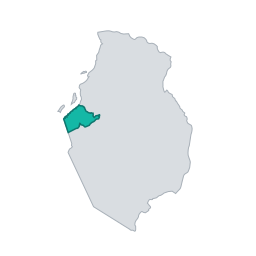 United Republic of Tanzania, with Tanga highlighted, rotated 212°
{"feature_id": "TZA-3395", "entity_name": "Tanga", "entity_type": "Region", "adm_level": 1, "iso_a3": "TZA", "parent_name": "United Republic of Tanzania", "parent_adm1": "", "projection": "natural_earth1", "projection_center": [38.386, -5.115], "detail": "fine", "context": "in_parent", "style": "filled", "palette": "teal", "viewbox_px": 256, "rotation_deg": 212, "n_neighbors": 0, "source": "natural_earth", "source_scale": "10m", "svg_char_len": 5693}
<svg xmlns="http://www.w3.org/2000/svg" viewBox="0 0 256 256"><g transform="rotate(212 128 128)"><path d="M101.2,176.4L99.0,175.1L97.0,174.3L95.3,173.4L94.6,172.5L93.0,172.1L91.7,172.0L90.4,171.1L87.8,170.8L87.6,170.3L87.5,169.1L87.1,168.7L86.1,168.4L85.1,168.4L84.5,168.6L84.2,168.5L83.3,167.8L82.5,166.9L82.2,165.4L81.1,164.5L79.7,163.7L76.0,163.8L75.4,163.6L74.5,162.8L73.4,161.6L72.6,160.2L71.8,158.3L71.1,155.7L66.7,145.5L66.3,143.6L65.4,141.4L64.0,138.8L62.6,136.8L60.6,135.1L58.3,133.3L57.1,132.1L54.8,127.3L54.3,125.0L53.9,122.7L54.1,121.8L55.5,118.8L55.6,117.9L55.5,116.8L54.7,114.4L53.8,111.5L52.0,106.2L51.7,104.8L51.7,103.8L52.8,98.4L52.8,97.7L57.1,97.8L60.2,95.4L63.0,91.9L63.5,90.4L64.6,88.2L65.7,87.1L66.1,86.3L66.8,84.0L68.2,82.5L69.6,81.3L69.3,80.5L69.5,80.2L70.3,79.6L71.7,79.0L72.0,77.9L72.0,76.5L71.8,75.8L71.8,74.9L71.6,74.4L70.6,74.3L69.2,73.7L68.0,73.4L67.1,73.0L66.8,72.7L66.7,71.9L67.4,69.8L66.7,69.0L68.2,65.6L68.5,65.2L69.0,65.1L69.9,64.7L70.7,64.6L71.3,64.7L71.8,64.6L72.3,64.2L72.6,63.0L72.9,61.1L72.7,59.5L72.1,58.3L71.9,56.4L72.2,53.9L72.0,51.9L71.3,50.2L70.6,49.2L69.5,48.8L67.8,46.2L67.3,45.0L67.4,44.2L68.0,43.9L69.1,44.0L70.1,43.7L71.0,43.0L72.0,42.8L72.5,43.0L115.5,43.0L165.7,75.4L166.0,75.8L166.4,78.6L166.3,79.5L165.5,81.1L165.3,82.0L165.3,82.6L165.5,82.8L166.1,82.9L166.7,83.3L166.9,83.6L167.3,84.8L167.9,85.4L187.0,101.3L187.4,101.5L187.1,102.9L186.0,106.1L186.0,107.5L185.5,109.1L185.1,110.1L184.0,114.7L183.1,116.4L181.9,120.4L181.7,123.4L182.4,125.6L182.6,127.6L184.1,129.5L185.3,130.2L186.1,131.1L187.5,133.2L188.3,135.3L190.8,136.3L191.8,138.6L191.4,140.2L190.3,141.5L189.2,143.6L188.3,146.4L188.3,150.7L188.9,150.1L190.2,151.1L190.4,154.3L189.0,157.9L188.6,159.7L188.5,161.1L189.5,165.5L191.0,167.8L190.9,168.5L190.5,169.1L193.1,173.0L192.9,176.5L193.8,179.2L194.3,181.5L194.9,183.3L195.0,184.5L194.2,185.9L196.1,186.2L197.2,187.3L197.7,188.4L199.1,188.4L199.9,189.1L200.9,189.7L203.3,191.5L203.9,192.4L204.3,193.2L197.8,198.9L195.5,200.4L193.8,201.0L192.0,201.4L190.3,202.3L188.7,203.7L186.6,204.4L184.1,204.4L181.5,205.4L177.4,208.3L175.0,206.7L173.1,206.2L170.9,206.2L169.6,206.4L169.1,206.8L168.7,207.8L168.3,209.4L166.9,211.0L164.4,212.5L162.1,213.1L160.0,212.7L158.6,212.1L157.8,211.2L156.7,210.8L155.3,210.8L153.9,211.5L152.6,212.6L150.5,213.2L147.6,213.0L146.0,212.4L145.8,211.5L144.5,210.3L142.2,209.0L140.5,209.0L139.4,210.2L138.4,211.0L137.5,211.3L136.6,211.4L135.5,211.0L132.2,210.9L129.2,211.0L128.9,209.1L128.3,208.0L127.7,207.4L126.7,207.2L126.4,206.7L126.0,205.5L125.5,204.6L124.8,203.8L124.4,203.0L124.2,202.4L124.3,201.6L125.0,199.7L125.2,198.5L125.1,197.2L124.7,195.8L124.0,194.2L124.1,193.8L123.8,192.7L123.8,191.9L124.0,190.9L123.8,189.7L123.2,187.0L123.2,186.3L122.5,185.1L120.5,182.0L120.4,181.6L117.2,178.5L115.9,177.8L115.5,178.4L115.3,179.0L115.4,179.9L115.4,180.4L115.2,180.7L114.5,180.6L114.0,180.5L112.8,179.7L111.9,179.5L109.5,179.6L108.7,179.8L108.1,179.6L106.9,178.2L105.4,177.9L104.1,177.9L102.0,176.2L101.2,176.4ZM191.1,125.1L192.2,128.5L192.0,129.1L191.3,129.5L190.9,129.5L190.5,129.0L190.1,127.8L189.6,128.1L188.6,126.7L187.7,126.7L186.8,125.1L187.2,123.6L187.0,121.2L188.0,120.0L188.6,117.9L189.2,119.3L189.4,121.5L190.3,124.1L191.1,125.1ZM196.2,104.9L196.3,105.7L196.1,106.5L196.1,108.9L196.0,110.5L195.2,112.7L194.6,113.5L194.0,113.3L193.6,112.9L193.2,112.3L194.0,108.2L193.6,105.3L195.0,105.6L196.2,104.9ZM194.1,153.7L193.3,153.9L193.0,153.7L192.6,153.1L193.4,152.5L194.1,151.4L195.9,149.8L196.7,148.5L196.6,149.8L195.6,152.5L194.8,152.7L194.1,153.7Z" fill="#d9dde1" stroke="#a8b0b8" stroke-width="1"/><path d="M176.3,92.5L177.6,93.5L178.8,94.5L179.9,95.5L181.1,96.4L182.3,97.4L183.5,98.4L184.6,99.4L185.8,100.3L187.0,101.3L187.3,101.5L187.4,101.9L187.3,102.4L187.1,102.7L186.7,102.9L187.0,103.1L187.3,103.2L187.3,103.5L187.3,103.9L187.3,104.2L187.2,104.4L186.7,105.3L186.6,105.5L186.5,105.2L186.5,104.9L186.6,104.6L186.7,104.3L186.6,104.0L186.3,104.8L186.1,105.1L185.8,105.1L186.1,105.5L186.2,106.6L186.1,106.8L185.8,106.7L185.7,106.8L185.5,107.2L185.5,107.4L186.1,107.2L186.1,107.4L186.3,107.8L186.3,108.0L186.2,108.1L185.7,108.6L185.4,109.4L184.9,110.1L185.0,110.4L185.2,110.2L185.4,109.9L185.4,110.1L184.9,112.1L184.7,112.4L184.5,112.7L184.4,112.8L184.2,112.9L184.1,113.1L184.0,113.3L184.2,113.5L184.3,113.6L184.3,113.8L184.1,114.5L183.7,115.4L183.3,116.2L182.8,116.6L183.0,116.6L182.9,117.0L182.9,117.7L182.8,118.0L182.6,118.3L182.3,118.9L182.0,119.4L181.9,119.7L181.9,120.1L181.9,121.1L181.8,121.3L181.7,121.4L181.7,121.5L180.5,121.5L180.2,121.7L180.0,121.8L179.8,121.8L179.6,121.8L179.3,122.1L179.0,122.2L178.2,122.6L177.9,122.5L177.6,122.5L177.4,122.4L177.2,122.6L176.6,122.6L176.4,122.4L176.2,122.2L175.7,122.2L175.3,122.0L175.0,121.4L174.4,121.3L173.9,121.0L173.5,120.6L172.7,120.1L171.7,120.0L171.3,120.2L170.9,120.2L170.0,120.0L167.9,120.6L167.7,120.9L167.4,120.8L167.2,121.0L167.2,121.4L166.6,121.6L165.9,121.6L165.5,122.0L165.2,121.7L164.3,120.5L164.2,119.8L163.7,119.5L163.2,119.4L162.8,119.3L162.8,119.2L162.7,119.1L162.3,119.0L162.1,119.4L161.8,121.2L161.4,121.7L160.9,121.9L160.5,122.5L159.9,123.0L159.6,123.7L159.2,124.1L158.9,123.8L158.6,123.4L158.5,123.2L158.5,122.7L158.8,122.3L158.4,122.1L158.0,121.9L157.8,120.2L159.4,118.9L159.8,118.1L160.1,116.3L160.4,115.4L161.6,113.5L161.9,112.5L162.3,110.9L162.3,110.5L162.2,110.1L162.3,109.7L164.3,106.9L165.0,106.1L165.7,106.1L166.4,106.3L167.2,106.6L168.0,106.3L168.7,106.1L169.7,105.8L169.9,105.8L170.3,106.1L170.6,106.4L171.3,106.4L171.2,105.8L171.0,105.4L170.8,105.0L170.7,104.4L170.4,104.0L170.2,103.3L170.3,102.6L170.4,101.5L171.0,100.7L171.7,100.2L176.3,92.5L176.3,92.5Z" fill="#14b8a6" stroke="#0f766e" stroke-width="1.5"/></g></svg>